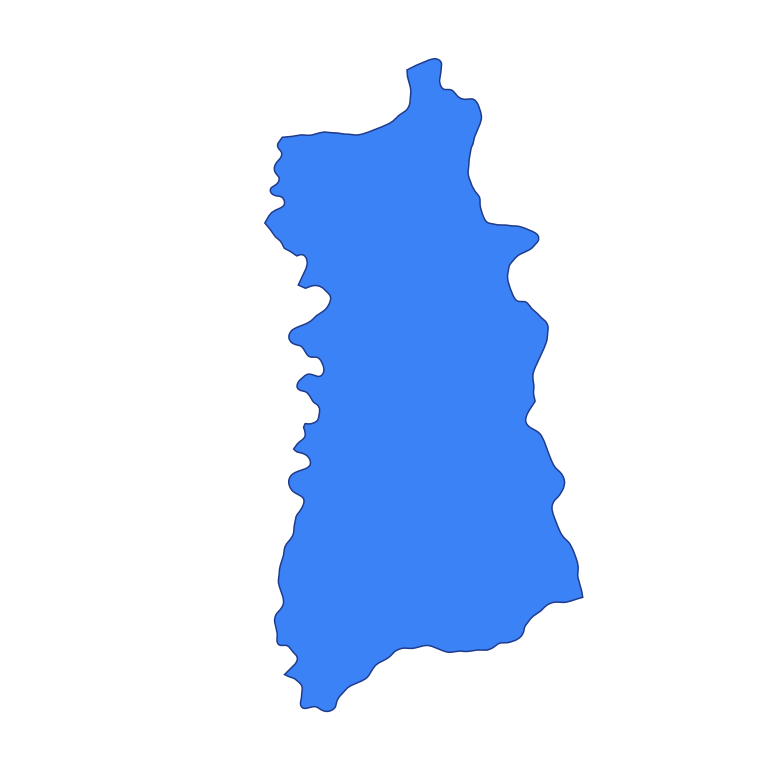 the district of Mao, Valverde, Dominican Republic, rotated 249°
{"feature_id": "3306468B69236034460520", "entity_name": "Mao", "entity_type": "district", "adm_level": 2, "iso_a3": "DOM", "parent_name": "Dominican Republic", "parent_adm1": "Valverde", "projection": "orthographic", "projection_center": [-71.031, 19.524], "detail": "fine", "context": "isolated", "style": "filled", "palette": "blue", "viewbox_px": 768, "rotation_deg": 249, "n_neighbors": 0, "source": "geoboundaries", "source_scale": "gbopen_adm2", "svg_char_len": 6156}
<svg xmlns="http://www.w3.org/2000/svg" viewBox="0 0 768 768"><g transform="rotate(249 384 384)"><path d="M98.6,384.9L98.5,388.8L98.8,391.4L100.3,396.7L100.6,398.8L100.2,400.9L98.3,406.4L97.8,409.2L97.6,415.1L98.4,419.4L99.5,421.9L100.9,423.8L102.6,425.5L106.4,428.0L107.9,429.6L112.3,436.7L113.8,440.1L116.0,449.1L118.5,454.7L119.5,458.4L119.6,462.4L119.2,465.0L118.4,467.4L115.9,472.9L115.1,475.6L114.5,480.0L114.0,489.1L113.6,493.1L120.3,494.4L133.6,495.7L136.3,496.4L141.8,499.0L144.3,499.9L148.5,500.7L154.3,501.0L161.6,501.0L167.3,500.4L170.0,499.7L176.7,496.7L179.5,495.9L182.4,495.5L188.4,495.2L197.6,495.2L202.1,495.3L206.4,495.9L207.8,496.3L210.3,497.4L213.0,499.9L214.4,501.9L216.5,506.5L217.9,508.8L220.5,512.1L222.4,514.1L224.6,515.8L227.0,517.2L228.3,517.6L231.0,518.1L233.6,518.0L236.2,517.6L238.6,516.8L244.0,514.2L248.2,513.2L255.6,512.8L273.6,513.0L279.5,512.4L282.2,511.5L284.6,510.2L290.8,505.1L293.0,503.8L295.4,502.9L298.0,502.9L299.3,503.2L301.5,504.3L304.4,506.7L307.4,510.2L313.7,518.9L320.4,519.9L322.7,520.6L328.2,523.2L335.8,525.0L339.6,526.5L341.9,528.1L345.2,531.0L359.6,545.8L365.0,550.7L367.3,552.3L376.2,556.7L378.4,557.6L379.7,557.8L382.3,557.8L384.7,557.2L389.9,554.5L394.7,552.5L401.2,549.1L407.0,547.3L409.0,546.4L410.5,544.9L412.9,539.2L413.6,538.4L415.6,537.1L418.1,536.5L420.8,536.2L428.0,536.1L435.3,536.6L439.5,537.6L441.8,538.6L448.9,542.9L449.8,543.7L451.2,545.6L454.6,551.8L456.0,555.4L456.4,558.1L457.1,567.6L458.1,571.4L461.3,577.5L462.5,579.4L463.4,580.1L465.7,581.0L468.1,580.8L470.5,579.6L472.6,577.9L477.6,572.8L480.5,569.5L482.3,567.2L483.8,564.7L485.9,559.9L488.8,554.5L491.7,547.4L496.6,539.5L498.6,537.9L501.0,537.1L503.8,536.8L508.0,536.8L513.8,537.3L516.5,537.8L522.0,539.8L524.1,540.1L526.1,539.8L531.5,538.0L537.2,537.2L546.0,537.3L548.9,537.6L551.7,538.4L558.3,541.8L563.0,543.9L572.2,549.4L573.9,550.7L576.1,553.0L582.1,557.0L592.7,567.1L596.2,569.7L598.9,570.9L603.2,571.7L609.0,572.0L611.8,571.9L614.4,571.4L616.7,570.4L617.7,569.6L618.4,568.7L619.3,566.6L620.2,563.3L621.0,561.0L623.0,558.1L625.8,556.0L632.4,553.7L634.2,552.5L635.3,550.9L637.2,546.2L637.9,545.3L639.9,544.2L641.1,543.9L643.5,543.8L647.2,544.5L654.7,548.8L660.9,551.9L662.9,552.6L664.0,552.6L666.2,552.0L667.9,550.5L669.3,548.6L669.7,547.3L670.2,544.6L670.4,541.8L670.0,528.3L669.0,518.0L662.6,516.1L651.9,515.0L647.9,514.1L637.9,509.3L635.7,508.0L633.1,505.4L631.8,503.3L631.3,502.0L629.5,494.4L626.2,486.5L625.3,482.2L624.9,474.7L624.8,459.5L625.1,453.5L625.8,449.2L626.6,446.7L629.5,441.2L631.6,436.5L635.2,430.1L637.3,425.3L640.6,418.7L641.5,414.4L642.2,407.1L642.7,404.2L643.6,401.7L645.7,397.3L646.5,394.9L648.1,387.0L650.8,377.4L646.7,371.3L645.9,370.6L643.9,369.8L641.8,369.9L638.3,371.1L636.5,371.3L635.5,371.0L633.7,370.0L632.9,369.3L631.6,367.5L629.5,363.3L627.3,360.6L625.4,359.2L624.3,358.7L622.0,358.2L619.7,358.4L615.0,359.9L614.0,359.9L612.1,359.2L610.5,357.8L609.3,355.9L608.7,353.8L607.8,349.6L607.4,348.7L606.7,347.9L605.7,347.3L604.6,347.0L602.4,347.2L600.5,348.3L598.4,350.6L596.4,354.2L594.8,355.7L593.8,356.2L591.5,356.6L589.3,356.3L588.2,355.8L587.2,355.1L586.5,354.1L586.0,353.0L585.5,350.7L585.1,344.4L584.3,340.5L582.2,336.8L577.0,330.4L569.8,332.9L560.4,335.3L554.7,338.4L552.1,339.0L546.4,339.6L541.5,343.9L534.9,348.4L534.7,352.6L533.6,354.6L532.7,355.4L531.6,356.0L529.3,356.5L525.5,356.1L523.1,355.0L519.8,352.6L507.1,339.4L501.5,345.0L501.5,350.5L501.2,353.2L500.4,355.7L498.4,358.9L495.6,361.3L488.1,364.7L486.0,365.3L483.5,365.1L481.3,364.0L478.3,361.4L475.8,358.2L474.5,355.7L473.7,353.2L472.0,345.5L469.6,339.8L468.8,337.3L468.2,333.0L468.1,322.7L467.5,318.4L467.1,317.1L465.8,314.9L464.1,313.2L463.1,312.5L460.6,311.6L459.3,311.6L456.8,312.1L455.7,312.6L453.9,314.0L452.4,315.7L449.9,319.2L448.3,320.5L446.1,321.3L439.2,322.6L437.1,323.5L436.3,324.1L435.1,325.8L433.2,330.6L432.5,331.5L430.6,332.8L428.2,333.5L423.1,333.8L420.5,333.5L418.1,332.7L417.0,332.1L415.3,330.4L414.3,328.4L414.2,327.2L414.4,326.0L414.8,324.9L419.1,319.5L420.2,317.4L420.5,315.1L420.1,313.0L417.7,306.5L416.4,304.5L414.8,302.9L412.9,301.9L411.7,301.7L409.6,302.3L408.0,303.6L405.1,307.7L403.5,309.0L400.2,310.2L394.2,311.2L392.1,311.8L391.2,312.3L389.0,314.0L387.1,314.8L384.9,315.0L383.7,314.9L380.6,313.6L375.8,310.7L374.1,309.1L373.5,308.0L372.9,305.6L373.0,301.8L373.7,299.4L375.3,296.2L372.5,293.4L368.8,293.2L366.4,292.8L364.3,292.0L363.3,291.3L362.5,290.4L361.5,288.4L360.1,283.8L359.0,281.4L355.7,276.3L353.7,277.2L351.9,278.3L348.0,283.7L345.3,286.0L344.2,286.6L341.8,287.4L339.3,287.6L336.9,287.2L335.8,286.6L334.8,285.8L334.1,284.8L333.3,282.5L333.1,280.1L333.3,272.1L333.2,269.4L332.8,266.8L331.8,264.3L330.3,262.3L328.4,260.7L325.9,259.6L323.3,259.2L320.7,259.3L318.1,259.8L316.8,260.3L314.5,261.7L309.6,265.9L307.6,267.2L305.3,267.8L302.9,267.2L300.8,265.9L298.0,263.2L295.6,260.0L293.1,255.9L291.6,254.3L283.5,249.2L277.8,246.5L275.0,244.2L272.8,241.3L269.8,235.9L267.4,233.1L265.4,231.7L259.8,228.6L252.2,222.5L248.8,220.2L244.1,218.0L238.7,215.1L236.2,214.2L232.2,213.7L221.3,213.3L218.7,212.8L216.2,212.0L214.1,210.7L212.4,208.9L211.0,207.0L208.2,201.6L206.7,199.7L203.7,197.6L201.2,196.7L189.3,194.9L183.1,192.2L182.0,191.9L179.8,191.8L177.9,192.7L177.2,193.4L175.1,198.9L174.4,199.8L172.6,201.1L165.9,203.2L162.0,204.8L159.8,205.0L158.7,204.7L156.8,203.6L154.6,201.0L148.4,187.0L144.9,190.3L142.1,193.7L140.5,195.2L135.6,197.9L132.5,199.0L130.3,198.9L128.3,198.2L120.8,194.5L116.0,191.6L113.8,191.1L112.7,191.2L111.6,191.5L110.6,192.1L109.9,193.0L109.4,194.0L108.9,196.1L108.2,201.9L107.5,204.0L106.2,205.8L102.7,208.3L101.0,209.9L99.5,211.8L98.5,214.1L98.2,215.3L98.1,217.8L98.5,220.2L99.5,222.3L100.3,223.2L104.8,226.4L107.2,229.0L108.5,231.1L113.5,241.2L114.3,245.5L114.8,257.2L115.5,261.5L116.0,262.8L117.3,265.3L122.3,271.8L124.4,275.3L125.5,279.2L126.4,287.3L126.9,289.9L127.7,292.3L130.3,297.8L130.8,300.4L131.0,303.0L130.8,305.7L130.2,308.3L127.7,313.8L126.9,316.1L126.4,318.7L125.5,326.8L124.5,330.7L122.3,334.3L113.4,343.9L111.6,346.2L110.2,348.6L109.4,351.1L107.6,358.8L105.0,364.3L104.2,366.7L102.2,375.8L98.6,384.9Z" fill="#3b82f6" stroke="#1e3a8a" stroke-width="1.5"/></g></svg>